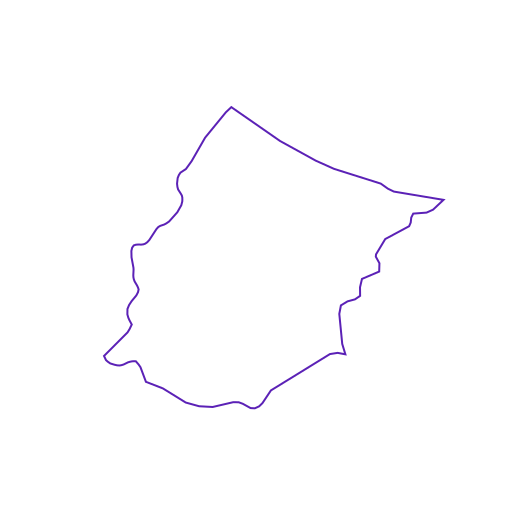 map outline of Teramo (Robinson projection), rotated 322°
{"feature_id": "ITA-5419", "entity_name": "Teramo", "entity_type": "Province", "adm_level": 1, "iso_a3": "ITA", "parent_name": "Italy", "parent_adm1": "", "projection": "robinson", "projection_center": [13.64, 42.661], "detail": "fine", "context": "isolated", "style": "outline", "palette": "violet", "viewbox_px": 512, "rotation_deg": 322, "n_neighbors": 0, "source": "natural_earth", "source_scale": "10m", "svg_char_len": 1517}
<svg xmlns="http://www.w3.org/2000/svg" viewBox="0 0 512 512"><g transform="rotate(322 256 256)"><path d="M328.2,123.5L345.8,180.3L361.8,217.7L371.1,235.3L398.9,275.8L401.4,284.2L404.3,290.1L438.3,327.2L424.0,328.5L417.1,326.8L406.0,319.4L402.0,321.3L398.5,324.9L395.0,326.8L368.3,322.2L351.6,328.6L350.0,330.3L348.8,337.7L343.5,344.1L325.4,339.3L318.7,344.7L313.5,351.5L307.3,351.1L300.2,348.1L292.5,347.2L286.0,352.9L269.8,378.4L265.9,388.5L260.7,382.6L253.9,378.8L185.0,371.1L170.5,375.9L165.9,376.4L161.3,375.3L158.1,372.5L154.6,364.3L152.3,360.6L148.1,357.2L128.9,348.3L118.7,339.4L110.4,328.2L101.1,303.0L91.8,287.4L96.5,272.5L96.7,269.2L96.5,265.0L95.1,263.8L93.5,262.7L91.7,261.8L89.7,261.0L84.9,260.0L82.8,259.2L81.1,258.3L79.3,256.7L77.5,254.5L75.0,250.9L74.1,247.9L73.7,245.7L74.7,241.2L107.8,237.1L111.5,235.7L115.9,233.5L116.7,228.8L117.4,226.0L118.7,222.8L122.1,218.6L125.8,216.5L130.2,215.0L137.4,213.4L140.7,211.9L142.9,210.1L143.6,208.2L144.1,206.0L144.7,201.3L145.4,199.1L146.3,197.3L147.4,195.7L151.1,191.4L152.2,189.8L157.1,180.4L160.9,175.3L163.5,173.2L166.2,172.4L168.2,173.1L169.9,174.2L172.8,176.5L174.5,177.5L176.4,178.1L178.8,178.2L181.8,177.7L194.1,173.5L196.9,173.0L199.1,173.3L203.1,174.7L205.4,175.1L208.8,175.3L220.9,173.1L228.4,170.0L231.5,167.6L232.7,166.2L233.9,164.6L234.8,162.7L235.1,160.7L235.6,155.6L236.6,153.2L238.3,150.4L242.3,146.3L245.1,144.7L247.8,143.8L254.4,144.3L263.7,141.6L288.8,131.4L320.7,124.2L328.2,123.5Z" fill="none" stroke="#5b21b6" stroke-width="2"/></g></svg>